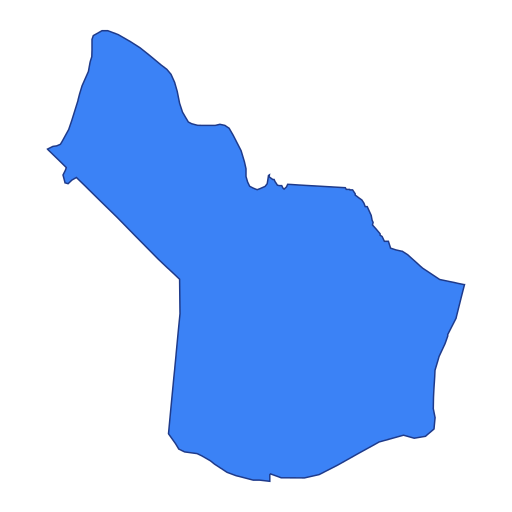 Basse, Upper River, Gambia
{"feature_id": "56634734B15786085247071", "entity_name": "Basse", "entity_type": "district", "adm_level": 2, "iso_a3": "GMB", "parent_name": "Gambia", "parent_adm1": "Upper River", "projection": "equal_earth", "projection_center": [-14.209, 13.292], "detail": "fine", "context": "isolated", "style": "filled", "palette": "blue", "viewbox_px": 512, "rotation_deg": 0, "n_neighbors": 0, "source": "geoboundaries", "source_scale": "gbopen_adm2", "svg_char_len": 2753}
<svg xmlns="http://www.w3.org/2000/svg" viewBox="0 0 512 512"><path d="M269.4,174.9L268.5,175.5L268.0,178.8L267.2,183.7L265.1,186.4L260.1,188.6L257.2,189.7L255.1,188.9L253.0,188.0L249.7,186.3L249.1,185.1L247.6,182.0L246.3,177.5L246.0,176.5L246.0,168.8L245.7,167.4L244.4,161.7L241.1,150.7L233.2,135.3L229.1,128.2L227.7,127.3L224.9,125.4L219.9,124.3L215.3,125.4L201.6,125.4L197.5,125.3L191.6,123.7L188.3,122.0L187.8,121.1L185.4,117.1L182.5,112.1L179.6,103.3L177.2,91.3L174.8,83.0L174.7,82.5L171.0,74.3L166.8,69.3L161.0,64.9L153.1,58.3L150.3,56.0L140.2,47.9L130.7,41.8L118.2,34.6L107.8,30.7L102.0,30.7L93.3,35.6L92.0,39.4L92.0,49.9L91.8,56.7L90.6,60.4L90.1,62.2L88.4,71.5L82.1,85.7L79.6,93.9L78.0,100.1L78.0,100.5L71.7,120.7L68.7,129.5L62.1,141.5L60.4,144.3L56.6,145.9L52.9,146.4L47.5,149.1L47.9,149.6L62.2,163.5L66.3,167.6L65.3,170.5L65.2,170.6L63.0,175.0L65.0,182.6L65.0,182.8L68.1,183.7L72.0,180.0L76.4,177.5L76.5,177.6L79.2,180.2L85.4,186.2L88.7,189.5L101.2,201.8L117.4,217.6L134.5,235.1L158.5,259.4L168.0,268.4L168.2,268.5L178.1,277.8L178.4,278.1L178.5,278.2L179.6,279.2L180.0,313.8L178.3,330.9L176.1,354.1L176.0,355.5L175.0,365.7L174.7,369.1L174.0,375.8L170.9,408.1L168.5,433.7L168.8,434.2L175.5,443.6L178.8,449.1L184.6,451.9L197.1,453.6L201.7,455.8L210.4,460.8L214.5,464.1L227.0,472.3L236.1,475.7L239.4,476.5L253.2,480.1L259.4,480.1L269.8,481.3L269.8,474.7L270.5,473.9L279.1,477.0L279.3,477.1L281.2,477.8L287.1,477.8L304.5,477.9L319.1,474.6L323.7,472.3L323.8,472.2L338.6,464.6L338.8,464.4L339.1,464.3L357.4,454.0L377.3,443.0L378.0,442.6L379.0,442.0L403.5,435.2L403.9,435.3L414.2,438.2L414.3,438.2L425.5,436.3L427.3,434.7L434.0,429.0L435.0,418.4L435.1,417.8L433.2,408.2L433.3,408.1L433.4,402.7L433.5,397.3L433.8,391.0L434.2,384.3L434.3,383.2L434.7,376.8L435.0,370.3L437.8,360.9L439.1,356.4L444.9,344.0L445.8,341.6L447.8,335.9L447.7,334.6L456.1,318.2L456.4,316.7L461.5,296.3L464.5,284.6L464.1,284.6L457.7,283.3L455.6,282.8L439.7,279.5L422.4,268.0L421.4,267.0L421.0,266.8L418.1,264.1L410.3,257.1L407.8,254.8L407.2,254.4L402.2,251.2L401.7,251.2L395.9,249.9L390.5,248.1L390.5,247.9L388.4,241.3L384.4,241.3L382.1,236.5L380.1,235.2L380.1,233.8L378.0,231.3L376.1,229.0L375.1,227.9L372.5,225.0L372.5,224.8L373.1,222.4L372.6,221.3L372.1,220.2L371.2,215.4L367.2,206.6L365.2,206.6L363.9,203.1L363.7,202.8L361.9,200.0L358.8,197.8L358.2,197.4L357.8,197.0L355.2,195.1L355.2,193.8L352.6,189.9L349.9,189.9L349.6,189.4L347.9,189.4L346.3,189.4L345.3,187.7L316.3,186.0L316.2,186.0L305.6,185.4L302.4,185.2L298.8,185.0L291.4,184.5L287.7,184.3L286.4,187.0L284.1,189.1L282.7,187.8L282.4,187.0L281.7,185.6L279.4,185.6L277.4,185.2L276.3,183.4L275.1,181.7L274.5,180.4L274.1,179.5L272.8,179.5L269.1,176.8L269.4,174.9Z" fill="#3b82f6" stroke="#1e3a8a" stroke-width="1.5"/></svg>